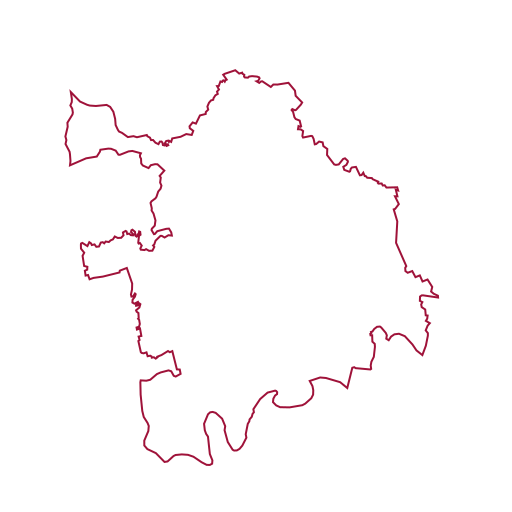 Chuong My, Ha Noi, Vietnam (orthographic projection), rotated 79°
{"feature_id": "81297802B99190294686821", "entity_name": "Chuong My", "entity_type": "district", "adm_level": 2, "iso_a3": "VNM", "parent_name": "Vietnam", "parent_adm1": "Ha Noi", "projection": "orthographic", "projection_center": [105.643, 20.878], "detail": "fine", "context": "isolated", "style": "outline", "palette": "rose", "viewbox_px": 512, "rotation_deg": 79, "n_neighbors": 0, "source": "geoboundaries", "source_scale": "gbopen_adm2", "svg_char_len": 6095}
<svg xmlns="http://www.w3.org/2000/svg" viewBox="0 0 512 512"><g transform="rotate(79 256 256)"><path d="M385.0,111.6L376.5,106.4L367.0,102.5L364.5,102.0L361.4,103.6L357.1,100.8L355.1,98.2L352.1,101.6L350.2,99.9L347.2,98.9L346.6,100.7L340.8,100.1L337.8,103.1L335.1,103.1L333.0,101.5L331.3,103.7L327.1,102.7L326.3,100.9L326.5,99.5L331.5,85.2L329.7,85.0L327.0,88.7L324.3,90.9L320.0,88.9L311.8,92.1L312.8,97.4L306.3,98.9L307.2,103.5L300.6,105.5L301.4,110.3L299.3,112.2L296.1,111.8L294.6,110.4L269.8,116.0L249.0,110.7L236.5,111.9L236.3,110.4L232.3,105.9L223.9,108.2L224.4,105.8L217.7,106.1L218.8,104.0L215.5,104.3L213.7,114.9L211.1,116.2L211.0,118.1L208.8,118.8L208.3,122.0L207.4,122.5L206.4,121.8L202.9,126.8L201.6,127.4L200.4,131.9L198.5,133.0L198.3,134.0L194.7,134.8L196.7,136.9L196.6,138.6L187.6,140.9L187.4,144.9L188.4,146.3L190.8,147.5L191.1,148.3L188.3,152.9L185.1,153.3L183.8,149.9L181.1,147.8L180.1,147.8L177.1,150.0L177.4,152.0L181.9,157.3L181.8,160.2L181.0,161.8L170.4,167.0L164.5,165.6L161.0,168.9L157.2,168.9L155.7,172.2L157.6,175.6L157.6,177.0L152.0,177.1L149.1,177.9L148.6,179.0L148.7,187.2L147.1,187.6L142.3,185.9L140.2,188.0L139.6,190.6L136.6,189.5L137.7,187.8L137.4,187.0L131.4,187.3L129.1,190.9L127.1,191.8L121.6,192.1L119.5,193.2L118.7,192.3L120.4,189.9L120.2,188.8L115.9,183.0L114.1,181.4L106.3,186.5L101.1,186.2L92.2,191.1L91.8,202.3L91.0,206.3L92.9,209.2L85.7,216.5L85.6,217.7L86.7,219.8L84.6,222.1L84.5,220.5L82.3,218.6L81.3,218.8L80.1,220.7L78.7,225.5L78.5,228.5L79.4,229.9L78.6,232.9L77.6,233.5L75.9,232.9L74.5,234.5L73.4,234.6L73.7,237.7L69.7,240.9L71.2,252.0L71.8,253.6L77.3,251.1L77.7,252.5L78.9,253.4L77.4,254.2L77.5,255.2L78.7,256.1L77.9,257.6L82.0,260.1L81.8,261.8L85.5,260.6L87.2,262.9L89.6,262.6L90.5,265.2L93.0,267.6L94.5,268.2L94.7,270.5L96.6,272.9L100.0,275.2L103.2,275.0L105.1,277.8L107.0,278.3L107.3,284.2L114.6,289.7L112.8,292.7L116.0,296.5L118.0,296.6L121.2,293.7L124.9,296.0L123.0,301.2L124.6,307.3L124.6,315.8L127.8,317.5L126.6,318.9L127.4,319.7L126.0,320.1L126.0,322.2L128.0,324.0L129.0,323.1L129.6,321.3L130.5,321.0L130.9,322.8L129.0,323.8L130.0,324.7L129.3,326.2L126.8,326.2L125.6,326.9L125.4,328.6L127.6,330.4L125.6,333.1L122.5,334.9L122.2,336.9L119.6,337.5L117.7,339.8L116.4,340.1L116.7,350.2L115.0,353.4L114.8,359.1L109.5,364.1L107.7,366.7L105.8,367.5L100.7,368.8L94.5,368.1L87.2,368.5L81.8,370.7L79.2,373.8L78.2,384.5L76.6,390.5L75.3,393.0L70.8,399.3L59.7,406.5L66.8,406.8L69.8,407.5L72.8,409.5L76.3,408.3L80.2,408.4L82.0,409.1L89.2,415.7L93.2,416.2L102.3,420.3L106.0,420.0L109.7,421.6L118.1,419.1L120.6,419.2L127.4,420.0L131.5,421.3L127.7,404.1L128.0,393.3L123.8,389.3L122.0,388.5L122.4,380.5L123.1,377.8L125.8,373.6L130.3,371.7L130.7,370.3L129.0,361.1L129.3,357.3L133.2,349.4L134.9,350.7L136.7,350.9L138.6,350.3L143.3,351.0L145.6,349.8L149.2,344.7L146.8,341.9L146.6,337.6L147.2,335.2L154.7,329.7L159.0,335.3L160.8,334.5L165.6,336.1L168.9,335.4L171.7,336.8L174.1,339.7L178.9,342.4L180.2,343.7L182.4,348.2L183.8,349.4L189.3,349.2L191.4,349.8L194.8,348.5L201.9,347.9L206.9,349.6L209.3,353.0L210.6,353.6L215.1,352.0L215.1,351.1L212.8,348.2L212.2,338.9L212.5,336.2L216.6,334.7L219.9,334.7L218.9,338.0L220.4,342.2L218.3,344.6L218.0,345.9L221.8,351.7L225.3,353.7L226.0,355.0L227.7,354.1L231.0,356.7L230.5,360.0L228.3,362.6L228.9,364.3L227.8,367.9L226.5,368.1L224.0,366.2L221.1,367.5L221.4,368.8L220.6,369.1L213.9,367.0L213.1,365.3L210.2,365.1L209.6,366.0L211.7,366.9L212.3,368.2L213.7,368.5L214.2,369.5L213.1,370.5L209.1,370.2L206.6,372.3L207.0,373.4L208.6,374.1L211.6,372.1L212.3,372.7L211.6,374.9L209.8,376.3L209.9,378.2L207.2,378.4L206.5,379.2L207.5,382.1L210.4,382.1L212.4,384.9L211.9,388.3L209.9,390.9L212.4,393.3L212.9,395.7L214.2,397.8L213.1,400.8L214.6,402.6L213.2,403.8L213.2,405.8L216.7,408.3L216.5,411.0L213.8,412.3L213.9,415.1L212.2,415.5L210.6,417.0L214.1,419.6L210.0,424.0L210.4,425.4L211.8,425.8L215.4,426.4L220.0,424.0L222.7,426.2L233.0,426.6L234.4,423.6L237.2,424.3L237.8,426.8L242.7,427.0L242.6,424.5L247.1,423.8L246.5,419.6L247.0,410.3L246.1,393.1L244.4,392.5L243.1,385.1L259.4,382.8L265.3,384.1L269.9,386.1L272.1,386.0L272.3,384.5L269.7,382.0L270.5,381.4L272.8,382.6L275.4,385.5L278.1,386.2L279.6,384.5L278.5,380.6L279.9,380.3L281.4,383.2L282.0,383.2L281.9,381.1L280.5,379.3L281.2,378.7L284.3,380.3L286.4,384.1L287.9,383.8L289.5,382.3L294.6,383.0L295.1,383.7L296.4,382.9L300.5,383.0L303.1,384.3L303.4,386.9L305.5,386.9L305.0,383.7L312.6,383.8L312.7,386.6L316.2,386.3L317.0,387.7L328.4,387.4L329.3,386.8L330.1,384.9L329.7,381.9L333.7,381.5L333.7,378.8L334.7,377.7L335.9,377.7L335.9,375.6L337.6,374.0L336.6,372.0L336.0,372.1L335.2,367.7L332.5,360.5L334.0,359.0L333.4,356.3L352.2,355.3L352.9,352.5L357.3,352.5L359.0,357.8L357.9,359.6L353.0,361.2L351.6,363.7L352.1,371.7L353.0,375.8L357.3,383.4L357.5,387.4L356.1,392.9L357.8,393.6L370.1,395.7L386.4,397.2L392.6,396.9L399.2,394.3L402.4,393.7L407.3,395.1L415.9,400.9L420.7,401.8L424.8,399.5L430.4,391.9L440.7,385.1L440.8,382.0L436.6,375.1L436.0,372.9L436.6,366.7L438.2,360.7L441.1,355.7L448.1,348.7L451.6,344.3L452.3,341.2L451.5,338.7L448.3,337.8L441.6,339.1L424.1,337.6L421.1,338.9L417.3,339.5L410.8,339.0L402.2,333.3L400.7,330.8L400.8,328.3L402.3,325.5L409.2,320.3L417.2,318.7L421.0,320.1L433.2,319.2L441.7,315.9L442.8,314.6L443.2,311.9L442.2,309.0L439.5,305.6L432.5,300.1L429.0,300.1L419.2,296.1L417.0,294.1L415.2,293.5L413.0,290.8L410.3,289.5L409.0,287.9L405.9,287.8L397.2,279.2L392.3,270.7L391.8,262.9L392.4,261.9L393.7,261.2L395.6,261.7L396.6,263.9L399.4,266.2L402.7,267.2L406.5,264.7L409.0,261.2L411.0,251.9L411.3,239.0L410.3,235.8L406.2,228.9L403.0,226.4L398.7,225.4L394.5,225.4L388.9,227.1L387.5,216.2L389.1,210.6L395.9,197.5L403.0,191.6L384.1,182.8L383.9,180.8L385.1,179.6L389.2,165.4L388.8,164.5L385.4,164.3L381.8,162.9L377.5,159.6L367.9,156.6L364.9,156.2L362.3,158.1L356.0,157.1L355.7,158.7L354.2,158.7L353.6,157.5L352.5,157.6L352.3,156.1L350.2,153.9L348.6,150.7L348.9,147.8L350.1,146.7L356.2,143.3L358.8,142.7L362.0,143.9L364.0,141.8L360.9,138.8L359.3,135.1L359.6,130.5L363.1,125.2L372.7,119.3L379.3,116.5L385.0,111.6Z" fill="none" stroke="#9f1239" stroke-width="2"/></g></svg>